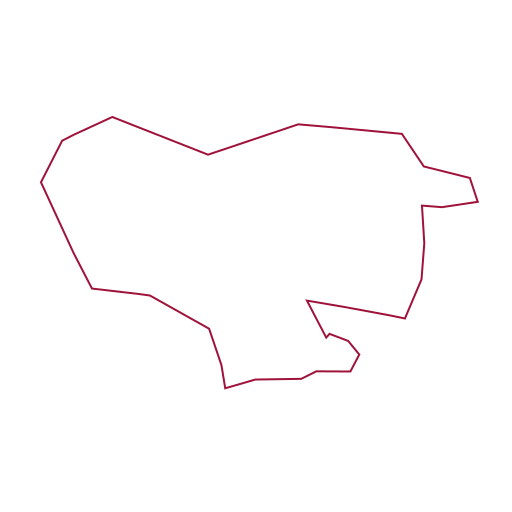 outline of Gurvansaixan, Dundgovi, Mongolia, rotated 183°
{"feature_id": "93677404B69080811901950", "entity_name": "Gurvansaixan", "entity_type": "district", "adm_level": 2, "iso_a3": "MNG", "parent_name": "Mongolia", "parent_adm1": "Dundgovi", "projection": "robinson", "projection_center": [107.027, 45.584], "detail": "fine", "context": "isolated", "style": "outline", "palette": "rose", "viewbox_px": 512, "rotation_deg": 183, "n_neighbors": 0, "source": "geoboundaries", "source_scale": "gbopen_adm2", "svg_char_len": 614}
<svg xmlns="http://www.w3.org/2000/svg" viewBox="0 0 512 512"><g transform="rotate(183 256 256)"><path d="M418.1,214.9L384.9,212.8L373.2,212.1L359.9,211.0L299.0,180.9L284.8,145.2L279.8,122.3L250.2,132.6L204.4,135.7L189.7,144.0L155.7,145.6L147.7,163.0L159.5,176.0L178.5,182.1L181.6,178.2L202.8,214.1L165.7,209.8L118.5,203.6L104.0,201.4L89.5,241.3L88.6,277.5L92.9,315.0L72.8,314.5L37.4,321.7L46.5,345.1L86.9,353.0L93.1,354.2L116.7,385.6L187.7,388.6L220.7,389.7L309.2,354.7L312.3,355.7L406.8,387.3L444.6,367.4L455.6,361.0L474.6,318.4L438.3,249.4L418.1,214.9Z" fill="none" stroke="#9f1239" stroke-width="2"/></g></svg>